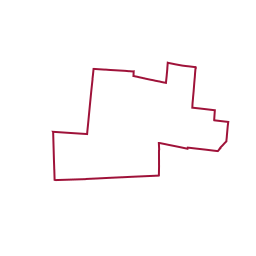 Traian, Ialomita, Romania (Mercator projection), rotated 327°
{"feature_id": "2599482B49143714613068", "entity_name": "Traian", "entity_type": "district", "adm_level": 2, "iso_a3": "ROU", "parent_name": "Romania", "parent_adm1": "Ialomita", "projection": "mercator", "projection_center": [27.361, 44.765], "detail": "fine", "context": "isolated", "style": "outline", "palette": "rose", "viewbox_px": 256, "rotation_deg": 327, "n_neighbors": 0, "source": "geoboundaries", "source_scale": "gbopen_adm2", "svg_char_len": 2133}
<svg xmlns="http://www.w3.org/2000/svg" viewBox="0 0 256 256"><g transform="rotate(327 128 128)"><path d="M217.9,113.9L217.8,113.7L217.7,113.7L215.8,112.1L212.7,109.5L210.7,107.9L207.6,105.3L202.4,100.4L200.9,98.9L197.3,95.4L196.9,94.9L195.2,97.1L193.5,99.3L193.3,99.7L193.0,100.0L192.5,100.7L191.9,101.4L191.4,102.1L190.5,103.2L188.7,105.5L186.5,108.2L184.4,110.8L183.9,110.3L183.4,109.8L182.9,109.4L181.9,108.4L181.4,107.9L180.7,107.2L180.1,106.5L179.5,105.9L178.9,105.4L177.8,104.3L176.7,103.3L175.6,102.1L174.5,101.0L173.3,99.9L172.1,98.7L171.2,97.8L170.2,96.8L169.4,96.0L168.6,95.1L168.1,94.7L167.7,94.2L166.8,93.3L165.0,91.5L163.3,89.7L162.1,88.6L161.3,87.7L160.9,87.4L163.6,83.6L163.3,83.5L161.9,82.5L160.5,81.4L159.6,80.8L157.0,78.7L155.1,77.3L145.3,70.1L144.6,69.6L143.7,68.9L142.9,68.3L142.4,67.9L141.8,67.4L139.5,65.8L137.9,64.6L135.6,62.9L131.9,60.1L131.3,59.7L126.7,65.4L126.4,65.7L125.9,66.4L125.5,66.8L125.1,67.3L124.9,67.7L117.1,77.3L107.6,89.2L95.9,103.9L92.2,108.5L90.4,110.8L73.1,97.9L63.1,90.4L63.1,90.5L53.4,106.4L48.7,114.1L45.1,120.1L43.5,122.7L43.5,122.8L39.3,129.7L38.7,130.7L38.6,130.8L38.2,131.5L39.0,132.3L60.8,145.5L62.6,146.6L64.6,147.8L65.4,148.1L74.6,153.5L84.8,159.4L96.4,166.2L96.7,166.4L103.1,170.1L119.6,179.8L127.9,184.7L128.0,184.7L133.4,176.7L134.0,175.7L136.1,172.5L136.6,171.7L136.8,171.4L137.1,170.9L139.5,167.2L140.9,165.0L141.2,164.6L141.6,164.0L141.9,163.5L142.0,163.4L142.3,163.2L145.7,157.4L146.4,157.9L149.9,161.3L152.9,164.3L156.3,167.6L160.7,171.9L164.9,176.1L166.6,177.8L167.4,177.0L168.9,178.2L173.6,182.1L181.4,188.5L187.7,193.8L190.5,196.1L190.8,196.3L193.8,195.4L193.7,195.3L193.7,195.2L195.4,194.6L197.8,194.1L200.8,193.3L202.7,192.9L203.2,192.8L203.3,192.6L205.1,190.4L206.0,189.3L206.5,188.6L210.5,183.5L212.7,180.7L215.4,177.5L212.1,174.8L205.7,169.5L204.5,168.5L204.5,168.4L210.5,160.4L199.4,151.2L194.0,146.8L193.0,146.0L195.6,142.4L198.3,139.0L199.2,137.8L201.1,135.4L203.0,133.0L205.3,130.0L208.2,126.2L211.1,122.5L211.6,121.9L214.0,118.7L216.5,115.5L216.7,115.3L217.7,114.0L217.8,114.1L217.9,113.9L217.9,113.9Z" fill="none" stroke="#9f1239" stroke-width="2"/></g></svg>